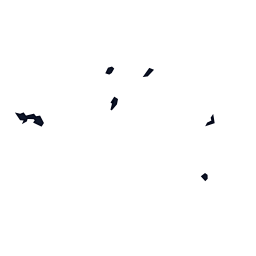 an SVG outline of Eastern, rotated 42°
{"feature_id": "FJI-2618", "entity_name": "Eastern", "entity_type": "Division", "adm_level": 1, "iso_a3": "FJI", "parent_name": "Fiji", "parent_adm1": "", "projection": "equal_earth", "projection_center": [179.768, -18.91], "detail": "coarse", "context": "isolated", "style": "filled", "palette": "ink", "viewbox_px": 256, "rotation_deg": 42, "n_neighbors": 0, "source": "natural_earth", "source_scale": "10m", "svg_char_len": 730}
<svg xmlns="http://www.w3.org/2000/svg" viewBox="0 0 256 256"><g transform="rotate(42 128 128)"><path d="M54.6,178.5L61.5,181.1L62.0,184.3L54.5,186.5L54.1,183.8L51.6,183.9L46.4,188.3L47.6,190.8L46.6,193.7L45.8,191.0L42.4,193.6L35.6,191.9L38.9,190.1L40.4,187.1L44.2,187.9L48.9,181.1L52.1,181.6L54.6,178.5ZM103.2,118.0L103.4,125.8L99.3,118.0L98.7,120.6L97.7,114.5L100.8,114.0L103.2,118.0ZM107.6,68.4L107.4,76.1L105.4,78.5L104.4,69.6L107.6,68.4ZM75.4,93.8L77.4,93.8L78.3,98.0L77.7,100.3L75.0,101.5L73.6,96.7L75.4,93.8ZM218.2,110.4L220.4,112.7L220.3,115.0L215.3,114.5L216.0,110.6L218.2,110.4ZM182.9,62.3L188.2,66.6L184.5,73.1L184.0,71.1L185.9,66.4L183.2,64.6L182.9,62.3Z" fill="#0f172a" stroke="#020617" stroke-width="1.5"/></g></svg>